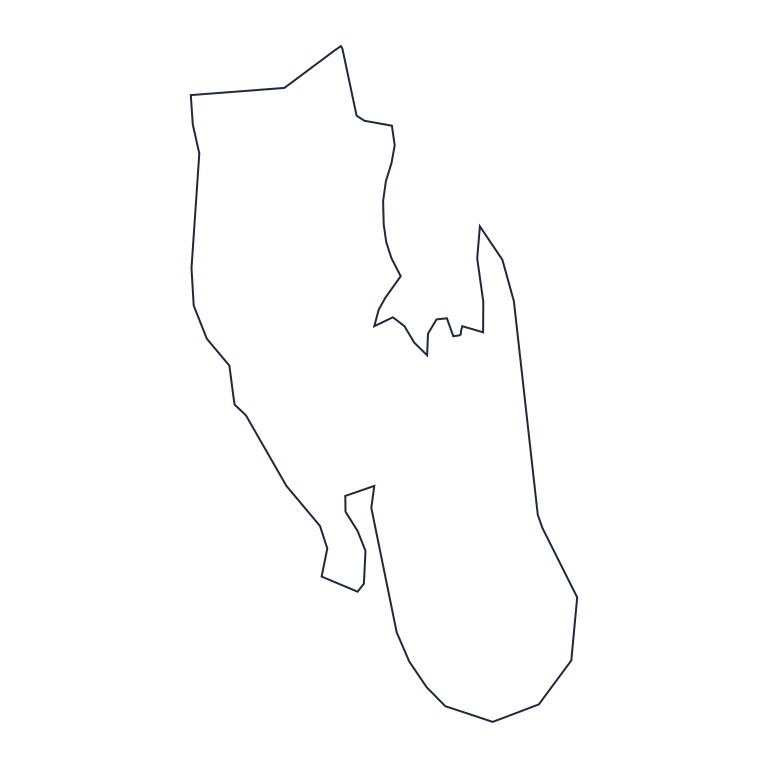 map outline of Zanzibar South and Central (Robinson projection)
{"feature_id": "TZA-3337", "entity_name": "Zanzibar South and Central", "entity_type": "Region", "adm_level": 1, "iso_a3": "TZA", "parent_name": "United Republic of Tanzania", "parent_adm1": "", "projection": "robinson", "projection_center": [39.422, -6.232], "detail": "fine", "context": "isolated", "style": "outline", "palette": "slate", "viewbox_px": 768, "rotation_deg": 0, "n_neighbors": 0, "source": "natural_earth", "source_scale": "10m", "svg_char_len": 960}
<svg xmlns="http://www.w3.org/2000/svg" viewBox="0 0 768 768"><path d="M341.0,46.1L342.4,48.7L356.6,115.7L364.5,120.8L391.9,125.7L394.7,145.3L391.5,163.1L385.9,181.2L383.1,201.0L383.7,224.3L386.2,242.0L391.5,258.3L400.7,276.2L385.3,297.8L378.7,309.7L374.3,326.2L392.9,317.3L404.5,326.2L414.2,342.6L427.1,355.3L428.0,333.7L436.5,319.4L446.9,318.3L453.3,336.2L459.2,335.4L460.8,334.4L460.8,331.9L462.3,326.2L483.1,332.3L483.3,301.8L477.2,258.4L479.9,226.4L502.4,259.8L513.9,301.3L537.8,515.0L542.5,528.2L577.2,597.4L571.3,660.5L538.8,704.4L492.7,721.9L445.3,706.2L426.7,687.3L409.3,661.6L396.7,632.4L371.3,507.8L374.3,485.9L345.3,495.9L345.5,511.7L357.6,531.0L365.5,550.9L363.9,583.7L357.6,591.7L321.6,576.6L327.3,548.5L320.0,526.0L286.4,485.9L245.9,415.3L234.6,404.6L233.3,395.8L229.4,365.7L206.8,338.7L193.7,305.5L191.5,268.2L199.3,153.5L192.8,124.6L190.8,95.1L284.4,87.9L333.7,51.1L340.9,46.1L341.0,46.1Z" fill="none" stroke="#1e293b" stroke-width="2"/></svg>